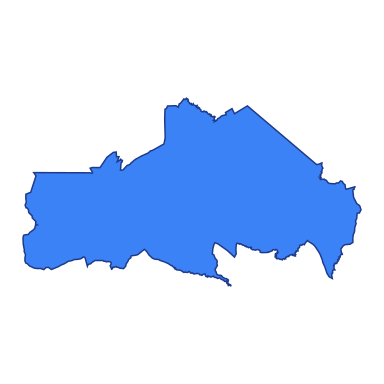 outline of Tamale Metropolitan, Northern, Ghana
{"feature_id": "2480657B1027184338147", "entity_name": "Tamale Metropolitan", "entity_type": "district", "adm_level": 2, "iso_a3": "GHA", "parent_name": "Ghana", "parent_adm1": "Northern", "projection": "natural_earth1", "projection_center": [-0.697, 9.383], "detail": "fine", "context": "isolated", "style": "filled", "palette": "blue", "viewbox_px": 384, "rotation_deg": 0, "n_neighbors": 0, "source": "geoboundaries", "source_scale": "gbopen_adm2", "svg_char_len": 6046}
<svg xmlns="http://www.w3.org/2000/svg" viewBox="0 0 384 384"><path d="M321.9,162.9L318.5,164.3L316.5,164.5L247.4,105.9L234.5,113.7L232.0,108.6L225.5,112.5L226.2,114.7L222.1,115.7L220.9,116.4L219.7,117.7L217.7,118.7L216.5,120.6L214.5,121.5L214.9,120.8L213.9,120.4L214.9,120.1L214.5,119.3L214.2,119.4L214.1,117.9L215.1,116.9L214.3,116.3L212.6,116.8L211.4,116.1L211.1,116.3L210.7,116.0L211.4,115.4L211.2,114.9L210.7,115.2L209.7,113.9L209.2,114.4L208.5,114.3L206.5,111.7L205.8,112.2L204.8,111.2L203.6,111.1L203.2,111.8L201.1,111.4L200.7,109.6L199.4,108.8L199.5,107.9L198.8,107.6L198.3,107.9L198.5,107.3L198.3,107.1L196.6,107.4L197.1,105.7L196.7,105.9L196.6,105.6L195.9,105.6L195.9,106.1L195.6,106.1L195.2,105.5L193.7,105.0L193.3,103.9L192.8,104.8L191.9,105.0L191.3,104.6L191.9,104.2L191.5,103.5L189.6,103.5L189.4,102.6L187.8,101.0L188.4,100.0L187.7,99.0L186.9,98.8L186.8,98.4L186.4,98.2L186.0,98.6L186.0,99.1L185.2,99.6L183.9,98.9L180.7,103.1L179.3,103.8L178.2,107.2L176.0,105.7L167.5,106.0L166.3,108.7L165.0,109.2L164.7,119.0L165.2,137.7L164.0,143.9L152.6,150.3L150.5,150.9L148.2,153.0L142.1,155.7L135.2,159.5L130.7,163.3L129.7,164.6L127.2,165.4L122.8,170.1L120.5,170.2L121.0,163.2L122.0,162.1L122.4,160.5L121.3,160.5L121.3,159.8L120.7,159.2L119.3,160.6L117.2,161.8L119.0,156.7L116.5,156.7L116.2,152.0L113.3,152.4L107.1,157.1L100.0,167.6L92.4,167.5L90.1,168.2L92.5,172.4L91.9,173.4L90.0,172.8L33.7,172.6L36.0,175.9L30.7,192.3L25.9,194.2L25.8,198.4L26.3,202.3L25.1,205.0L26.0,207.8L27.0,207.9L28.4,209.6L28.7,212.4L29.8,213.8L30.4,213.8L30.7,214.5L32.2,216.0L32.2,217.8L35.8,221.5L35.6,224.3L37.0,224.9L35.7,225.2L35.2,226.0L35.0,227.8L33.6,229.7L29.9,232.4L28.3,234.4L24.2,235.0L23.5,235.5L23.0,238.4L23.3,244.4L24.3,249.6L24.2,251.6L25.5,254.6L25.0,257.6L24.9,260.7L25.7,263.0L27.5,263.8L29.3,265.8L33.9,268.0L36.7,268.5L40.6,268.5L43.9,269.6L45.8,267.6L48.3,267.3L51.4,269.5L58.5,266.6L60.6,265.3L64.6,263.6L68.4,261.2L71.5,260.7L74.8,259.4L76.2,259.5L80.3,258.9L81.6,258.3L83.3,256.9L84.9,257.5L85.1,257.9L87.4,266.3L88.2,264.4L90.6,263.8L92.2,262.3L95.0,260.5L102.9,260.5L103.7,261.2L105.2,261.3L106.6,261.9L108.2,261.5L110.0,261.8L111.0,262.4L111.1,264.1L110.2,265.8L111.6,269.2L112.3,268.8L112.8,267.3L114.3,267.3L116.2,266.5L117.0,267.3L118.5,267.4L119.8,268.2L123.6,268.6L125.7,266.2L126.1,264.0L127.9,261.4L128.6,259.5L130.9,257.7L130.9,256.3L131.3,255.8L135.3,255.3L137.7,254.7L144.4,249.3L146.7,251.5L149.0,255.0L152.4,258.2L155.0,259.2L158.8,259.5L159.7,260.3L164.7,262.0L168.3,263.6L171.5,265.7L172.2,265.7L173.4,267.1L174.2,267.3L174.6,268.6L175.4,268.0L175.8,268.6L175.9,269.4L176.4,269.8L180.6,270.3L183.8,272.4L185.2,272.1L187.4,272.5L189.3,271.5L190.6,273.1L191.3,272.8L192.1,273.3L192.5,273.0L193.4,273.4L193.9,274.0L197.7,273.4L199.5,274.2L199.8,274.8L200.6,274.8L201.6,275.3L202.4,275.1L202.7,274.6L203.5,274.2L205.0,273.9L205.5,275.9L206.1,276.5L207.5,276.1L207.2,276.9L207.5,277.1L208.5,276.5L209.7,276.4L210.4,277.0L211.2,277.0L213.4,276.1L214.3,277.3L216.3,277.6L217.6,278.5L219.5,277.8L220.7,278.9L222.4,279.9L223.6,280.1L224.4,281.3L225.6,281.5L226.3,281.0L226.8,282.2L226.7,283.0L228.0,284.4L228.3,285.6L229.8,285.1L230.7,285.8L230.9,285.4L230.7,285.0L228.6,283.9L227.3,281.9L227.4,281.4L228.1,281.4L228.3,281.1L228.4,280.0L228.1,279.7L226.3,278.6L225.0,278.5L222.6,277.1L221.5,275.6L220.7,275.8L220.5,275.3L218.0,275.1L216.7,274.0L215.9,271.4L215.0,269.9L215.5,268.4L216.0,268.2L216.1,267.4L217.4,265.6L216.8,263.6L217.2,262.0L217.1,260.9L216.8,260.1L215.2,258.4L213.8,254.8L212.3,254.0L212.9,248.3L213.8,244.9L214.9,242.7L218.0,243.9L227.3,250.5L234.5,257.1L236.2,253.9L235.9,249.5L236.2,245.2L236.8,243.3L238.3,243.4L239.3,244.1L240.0,244.1L240.1,243.7L241.1,243.9L242.4,245.1L243.3,245.0L245.1,246.2L245.8,245.9L246.3,246.9L247.5,246.8L248.4,247.7L251.1,247.1L251.4,247.6L250.9,248.6L252.4,249.7L254.6,249.8L255.3,250.2L257.0,249.6L258.9,249.8L260.0,250.9L260.2,252.2L261.4,252.6L267.3,252.5L268.2,252.0L268.8,252.3L269.5,251.7L272.1,250.9L272.5,249.8L273.8,249.6L275.1,250.2L276.1,249.4L276.9,249.8L278.0,252.2L277.0,252.4L277.4,253.2L276.4,254.0L275.6,253.6L275.3,254.1L275.5,255.0L276.3,255.1L276.4,255.9L275.2,255.9L275.1,256.9L276.0,257.0L276.0,257.6L276.9,258.1L276.5,258.5L276.9,258.8L278.4,258.5L280.0,259.4L281.3,259.3L282.3,259.9L283.1,258.7L283.7,258.6L284.6,259.2L285.0,258.7L285.7,258.8L285.6,257.5L286.2,257.0L286.8,257.1L288.2,256.0L288.7,256.5L289.9,255.0L291.6,254.8L292.5,255.2L292.4,254.5L292.7,254.2L294.0,255.2L294.3,255.9L295.4,256.0L295.3,255.0L295.8,254.5L295.0,253.5L295.4,252.1L296.4,251.9L296.4,250.9L298.1,250.9L297.9,248.5L299.5,247.6L299.7,245.6L300.3,245.0L301.6,245.3L303.0,244.2L304.3,244.8L305.3,243.0L307.5,240.5L308.1,241.2L312.9,244.2L314.7,245.9L318.5,251.5L320.1,254.3L322.3,260.0L322.8,262.4L324.8,266.8L327.0,273.4L329.2,276.8L332.3,278.5L331.7,275.1L331.9,274.1L331.6,273.8L331.9,273.3L332.3,273.4L332.7,273.0L332.6,271.4L332.9,270.1L334.9,269.9L333.8,267.7L334.2,266.4L334.2,265.9L333.7,265.7L333.8,265.2L334.6,263.6L335.2,263.8L335.4,263.2L336.2,263.6L337.1,262.8L337.2,261.8L338.0,261.4L337.8,260.3L338.2,260.1L338.0,259.6L339.0,259.6L339.1,258.7L338.8,258.2L339.4,257.9L339.2,257.2L339.9,257.4L340.2,256.8L339.9,256.4L341.0,254.5L342.3,254.4L342.0,253.2L341.3,252.5L340.9,249.0L343.2,245.8L344.9,244.7L350.1,244.2L352.9,242.4L352.8,238.4L353.2,234.9L354.5,231.7L354.8,227.4L356.1,223.6L355.5,220.9L356.7,218.6L357.1,213.6L357.5,213.1L359.4,213.0L361.0,209.8L359.9,206.2L359.1,205.2L356.9,203.8L353.6,197.4L352.8,190.2L353.4,189.3L354.0,189.4L354.3,187.2L354.9,187.1L354.9,186.8L346.1,189.3L345.4,187.7L345.1,184.9L343.2,183.2L342.4,181.5L340.6,180.9L338.6,182.9L336.3,183.0L335.1,183.8L329.8,183.5L328.1,182.8L326.3,180.3L324.5,179.6L324.2,179.1L322.8,179.3L321.5,179.0L320.5,179.6L320.2,179.3L320.5,178.5L319.7,177.6L320.5,177.8L321.0,177.4L320.5,177.0L320.6,176.3L320.1,175.3L320.8,175.3L320.9,174.7L320.7,174.1L321.8,173.1L321.9,172.3L321.2,171.7L321.9,171.2L322.2,168.9L322.9,168.2L321.6,165.6L321.9,162.9Z" fill="#3b82f6" stroke="#1e3a8a" stroke-width="1.5"/></svg>